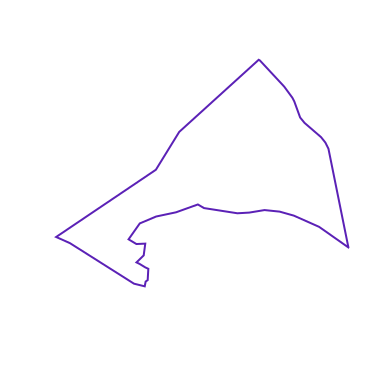 outline of Dakar, rotated 341°
{"feature_id": "SEN-759", "entity_name": "Dakar", "entity_type": "Region", "adm_level": 1, "iso_a3": "SEN", "parent_name": "Senegal", "parent_adm1": "", "projection": "albers", "projection_center": [-17.3, 14.755], "detail": "fine", "context": "isolated", "style": "outline", "palette": "violet", "viewbox_px": 384, "rotation_deg": 341, "n_neighbors": 0, "source": "natural_earth", "source_scale": "10m", "svg_char_len": 654}
<svg xmlns="http://www.w3.org/2000/svg" viewBox="0 0 384 384"><g transform="rotate(341 192 192)"><path d="M321.8,295.3L300.8,266.3L280.6,247.5L268.5,239.1L254.7,232.7L239.4,230.1L228.0,226.9L198.1,211.1L193.5,205.7L170.3,206.0L150.1,203.5L132.4,204.7L116.6,216.1L122.5,223.1L131.0,225.6L125.7,236.2L116.6,240.5L119.0,242.9L123.3,248.1L125.7,250.4L121.4,260.9L119.0,261.6L116.6,265.8L107.3,259.8L60.0,200.7L48.9,190.3L165.1,159.2L199.5,131.0L298.1,88.7L299.0,89.7L313.5,122.4L317.6,135.6L318.2,139.6L318.5,156.8L320.9,163.3L331.9,182.2L334.2,188.7L335.1,195.5L321.9,294.8L321.9,295.2L321.8,295.3Z" fill="none" stroke="#5b21b6" stroke-width="2"/></g></svg>